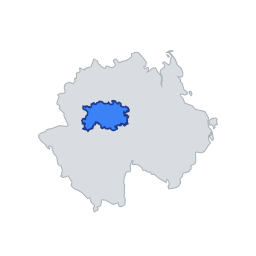 Hessen on a map of Germany (Equal Earth projection), rotated 52°
{"feature_id": "DEU-1574", "entity_name": "Hessen", "entity_type": "State", "adm_level": 1, "iso_a3": "DEU", "parent_name": "Germany", "parent_adm1": "", "projection": "equal_earth", "projection_center": [9.183, 50.526], "detail": "fine", "context": "in_parent", "style": "filled", "palette": "blue", "viewbox_px": 256, "rotation_deg": 52, "n_neighbors": 0, "source": "natural_earth", "source_scale": "10m", "svg_char_len": 8833}
<svg xmlns="http://www.w3.org/2000/svg" viewBox="0 0 256 256"><g transform="rotate(52 128 128)"><path d="M112.9,205.3L107.0,202.0L101.7,202.3L100.9,201.3L99.1,201.4L96.4,199.7L94.0,200.7L93.5,201.6L93.6,202.2L96.1,202.3L96.4,202.7L93.9,203.8L89.9,203.4L85.2,204.4L81.3,204.3L79.0,203.4L78.4,201.9L78.5,199.7L79.5,196.8L79.8,194.6L79.4,193.3L80.0,191.2L81.5,188.5L83.9,180.7L89.1,175.2L89.0,173.3L80.1,171.3L78.6,170.8L77.3,169.4L70.2,170.2L69.7,168.8L67.8,168.1L65.8,169.3L65.1,169.2L62.4,165.7L61.8,164.1L60.5,163.0L58.5,162.8L59.2,159.6L61.0,157.3L61.1,155.3L57.2,153.7L55.2,151.5L54.8,148.9L56.0,145.9L59.2,144.1L58.9,141.2L56.2,139.7L56.0,139.2L57.2,138.1L53.1,134.8L54.1,131.5L53.4,130.5L51.6,129.8L51.0,128.8L52.3,128.6L55.6,126.3L55.7,125.9L54.8,125.6L54.7,124.7L56.9,119.9L56.8,119.0L55.1,116.7L55.1,115.9L52.8,113.3L52.8,112.4L56.5,110.8L59.7,111.9L60.8,111.2L62.4,111.3L66.2,110.1L67.2,108.7L65.8,107.5L65.9,106.6L70.2,103.9L70.9,102.7L71.2,100.3L70.7,99.5L70.1,98.9L66.5,98.5L65.5,97.1L65.9,95.3L66.5,95.0L70.9,95.0L72.7,89.7L73.8,88.0L74.2,81.5L71.8,79.6L72.8,75.8L74.4,73.8L75.7,73.3L81.4,72.9L87.6,73.1L90.2,76.1L89.2,77.7L90.8,78.4L91.5,78.1L92.4,75.3L93.0,74.8L95.6,76.7L95.6,79.2L96.3,75.8L95.8,73.5L96.2,71.2L97.7,69.3L102.3,70.1L107.3,69.7L109.3,70.6L113.6,74.9L116.9,75.9L114.4,74.9L109.1,69.6L103.6,68.2L102.4,66.7L102.4,61.4L100.4,60.3L98.2,60.7L97.8,59.5L98.2,58.6L103.2,57.2L103.3,55.8L98.8,50.6L98.6,48.4L102.4,48.5L107.0,49.6L108.1,50.3L114.0,49.3L118.5,50.9L120.7,53.0L120.8,54.9L118.2,57.1L122.7,56.8L123.8,58.4L126.2,57.8L132.3,60.3L136.9,59.0L137.8,61.0L136.9,63.0L133.7,65.2L134.4,66.5L135.5,66.8L138.5,66.5L143.4,67.9L149.8,63.8L155.0,63.3L162.4,57.2L169.9,58.4L171.9,61.0L176.9,63.9L181.4,63.6L183.1,66.3L183.9,69.7L186.6,71.5L190.5,72.3L191.3,75.8L193.4,81.5L193.4,83.2L192.8,85.2L191.6,86.8L189.1,88.7L189.0,89.9L195.5,94.7L197.4,97.2L196.4,100.7L197.5,102.4L198.6,103.0L199.1,103.9L199.1,105.9L200.0,106.5L198.8,110.3L197.6,111.8L198.0,113.1L199.8,115.4L199.9,118.3L203.5,120.2L205.0,124.1L204.3,127.4L201.2,133.3L198.6,132.5L198.7,131.3L198.2,131.2L197.3,129.6L193.5,128.6L192.4,129.4L194.4,131.6L186.6,134.6L180.8,135.8L178.9,138.0L177.8,137.5L175.5,138.5L174.6,139.9L171.8,140.4L170.6,142.2L167.6,141.6L164.0,142.4L162.4,143.4L159.5,147.0L157.0,144.2L156.4,144.2L156.2,145.1L157.7,147.1L158.3,148.8L162.6,151.9L163.6,153.2L161.6,156.6L165.8,162.6L169.0,165.5L170.7,165.5L174.7,169.2L177.2,170.6L179.2,173.2L181.7,173.6L185.6,176.7L186.4,177.8L186.0,181.7L184.2,183.2L180.9,181.9L179.1,186.7L171.0,190.2L168.7,192.3L168.7,193.0L172.1,197.1L172.2,199.0L171.2,200.9L173.6,201.4L174.0,202.4L173.4,206.3L169.8,204.9L169.1,202.7L167.6,202.0L164.1,202.8L159.3,201.0L158.9,203.2L150.8,204.0L145.3,206.1L143.6,207.5L139.2,208.2L138.1,208.1L136.2,205.4L128.7,204.7L127.5,208.8L126.6,210.0L124.3,210.7L124.6,208.9L122.3,208.2L122.2,206.9L120.6,205.7L116.8,204.1L115.1,205.2L112.9,205.3ZM181.0,58.9L181.5,60.3L181.1,61.0L179.2,59.8L177.3,59.8L176.3,61.6L175.5,61.7L172.6,60.1L172.1,59.3L172.2,55.6L173.1,54.9L173.2,53.7L174.7,52.5L176.1,52.5L177.3,54.2L180.1,55.3L180.3,55.8L178.9,57.3L179.2,58.1L181.0,58.9ZM189.6,67.7L189.7,69.4L184.9,69.2L184.5,68.0L184.8,66.8L183.2,65.5L183.1,64.1L189.6,67.7ZM93.4,49.5L92.3,51.1L92.5,48.3L94.3,45.3L95.1,45.3L94.1,46.7L93.9,48.5L98.0,48.6L97.5,49.1L93.4,49.5ZM141.3,58.2L138.8,58.3L136.9,57.2L138.0,55.9L140.5,56.5L141.3,58.2ZM97.3,52.2L96.6,52.7L94.2,52.2L96.0,51.3L97.0,51.5L97.3,52.2Z" fill="#d9dde1" stroke="#a8b0b8" stroke-width="1"/><path d="M119.8,121.3L119.5,121.5L119.4,121.8L119.5,122.2L119.7,122.5L119.8,123.0L120.1,123.1L120.4,123.4L120.7,123.4L121.5,123.6L121.5,124.0L121.9,124.3L122.0,124.7L123.2,125.0L123.6,125.1L124.6,125.5L124.6,125.8L124.3,126.0L124.2,126.2L124.1,126.9L124.1,127.0L123.8,126.7L123.6,126.4L123.0,126.4L122.8,126.5L123.0,126.7L123.1,126.9L123.6,127.0L123.5,127.3L123.2,127.7L123.1,128.2L123.1,128.3L123.4,128.3L123.6,128.4L124.0,128.5L124.2,128.8L124.2,129.0L124.0,129.5L123.0,129.6L122.8,129.5L122.8,129.3L122.5,129.3L122.3,129.3L121.6,129.3L121.2,129.5L121.1,129.8L121.2,130.0L121.5,130.3L121.5,130.5L121.4,130.7L121.0,130.8L120.1,130.7L119.9,130.8L120.0,131.1L120.2,131.3L120.3,131.5L120.4,131.4L120.7,131.2L120.9,131.1L121.3,131.4L121.5,131.7L121.7,132.0L121.2,132.5L121.2,132.9L121.1,133.0L120.3,133.2L119.9,133.4L119.9,133.5L119.8,133.8L119.9,134.2L119.5,134.3L119.4,134.5L119.7,134.8L119.6,135.2L119.3,135.8L119.3,136.0L119.0,136.3L118.8,136.6L118.7,137.1L118.8,137.3L119.2,137.2L119.7,137.4L119.9,137.4L120.0,137.4L120.1,137.2L119.9,136.9L119.9,136.7L120.8,136.4L121.8,136.6L122.0,137.0L122.1,137.5L121.8,137.6L121.6,137.9L121.6,138.1L121.6,138.7L121.7,139.0L121.5,139.7L121.6,139.8L121.5,140.2L120.8,141.3L120.5,141.5L119.4,142.0L118.2,142.3L117.9,142.3L117.4,141.9L117.1,142.0L116.9,142.3L116.5,143.4L116.6,144.3L116.1,144.7L115.4,144.9L115.3,145.0L115.1,145.1L115.0,145.4L115.1,145.7L115.1,145.8L114.2,146.1L113.7,146.0L113.3,146.1L113.0,145.8L112.8,145.9L112.5,145.8L112.4,146.0L112.5,146.5L112.3,147.1L112.8,147.2L112.8,147.3L112.5,147.8L112.5,148.0L112.6,148.4L112.5,148.6L111.4,149.0L110.8,148.9L110.3,148.3L109.4,147.9L107.9,147.8L107.1,148.0L107.1,148.3L106.8,148.6L106.4,148.8L106.5,148.5L105.7,148.2L104.8,148.6L104.3,148.7L104.1,148.8L104.0,149.5L103.7,149.6L103.5,149.8L104.1,149.9L104.3,150.0L104.4,150.5L104.6,150.7L104.5,150.9L104.8,151.3L104.3,151.2L104.3,152.9L104.9,154.4L105.0,154.6L105.3,154.3L105.4,154.9L105.5,155.3L105.8,155.4L106.1,155.4L106.3,155.5L106.2,155.7L105.9,156.1L105.9,156.3L106.4,156.5L106.1,157.1L106.2,157.5L105.9,157.6L105.5,157.7L105.6,158.0L105.7,158.7L105.1,159.4L105.2,159.5L105.5,159.8L105.7,160.1L105.6,160.4L105.4,160.4L105.2,160.2L105.1,160.3L105.5,160.8L106.0,161.4L106.0,161.6L105.8,161.6L105.6,161.4L105.2,161.4L104.6,161.7L104.4,161.7L104.0,161.7L103.1,161.7L102.6,162.2L102.9,162.6L102.9,162.8L102.4,163.1L102.2,162.9L102.0,163.4L101.3,164.0L100.7,163.9L100.6,163.7L100.9,163.3L101.0,163.2L100.9,162.7L101.0,162.5L101.3,162.1L101.6,162.3L102.0,161.9L102.0,161.6L100.9,161.7L100.6,161.3L99.8,161.3L99.0,160.9L98.8,160.7L98.6,160.2L98.5,159.9L98.6,159.7L98.4,159.3L98.3,159.1L97.0,159.4L97.0,159.5L97.3,160.6L97.3,160.8L97.2,160.9L96.5,161.2L95.3,160.2L94.9,159.9L94.5,159.9L93.9,160.0L93.6,159.4L93.0,158.2L93.0,157.6L93.3,157.2L93.7,156.9L94.3,156.9L94.9,156.2L94.7,155.9L94.0,156.0L93.8,155.4L93.5,154.9L93.3,154.3L92.8,153.6L92.6,153.3L92.9,152.5L92.6,151.8L90.8,150.1L90.3,149.9L89.8,149.9L87.7,150.5L87.0,150.9L86.2,151.3L85.5,151.5L84.8,151.5L84.5,151.1L84.4,150.9L84.3,150.7L83.2,149.9L84.2,149.1L84.3,148.6L84.5,148.4L85.1,148.3L85.4,148.6L85.6,148.6L85.7,148.0L85.3,147.7L85.1,147.6L85.1,147.4L85.2,147.2L85.4,146.8L85.6,146.6L86.6,146.2L86.8,146.0L87.1,146.2L87.3,146.3L87.7,145.8L87.5,145.6L87.6,145.3L88.5,145.3L88.8,145.2L89.0,145.1L89.0,144.9L88.7,144.2L88.3,143.8L87.8,142.9L87.5,142.8L87.4,142.6L86.6,142.4L86.5,142.2L87.0,141.4L87.3,141.1L86.9,140.9L87.0,140.0L87.0,139.7L87.3,139.5L87.6,139.3L87.9,139.2L88.2,139.2L88.5,139.6L88.9,139.5L89.3,139.3L89.7,138.3L89.7,138.2L89.4,138.0L89.3,137.6L89.0,136.9L89.2,136.6L89.3,136.2L89.4,135.9L89.8,135.7L89.9,134.9L89.4,134.5L89.4,134.4L89.3,134.2L90.2,133.5L90.3,133.1L90.7,133.0L91.8,132.0L92.1,132.0L92.3,132.3L93.2,132.4L93.7,132.1L93.7,131.8L94.2,131.4L94.5,131.2L94.8,131.3L94.9,131.1L94.9,130.6L95.3,130.0L95.6,129.9L95.9,129.3L96.2,129.0L96.1,128.4L96.1,128.1L95.8,127.6L97.6,127.5L98.2,127.6L98.9,127.2L99.0,127.0L98.8,126.7L99.7,125.8L99.7,125.7L99.7,125.4L99.4,124.1L99.2,124.0L99.2,123.7L98.6,123.9L97.8,124.1L97.6,124.3L97.2,124.3L97.1,124.0L96.8,123.7L97.1,123.1L98.0,122.3L98.1,122.1L98.4,121.9L98.5,121.7L99.3,121.5L100.1,121.5L100.7,121.3L101.5,121.5L102.1,121.1L102.8,121.1L103.0,120.7L102.9,120.6L102.5,120.5L102.4,119.9L102.2,119.5L102.2,119.3L102.3,119.2L103.2,118.9L104.2,118.6L105.2,119.1L105.3,119.2L105.4,119.4L105.3,119.7L105.7,120.0L106.5,120.1L107.1,119.7L107.5,119.7L107.7,119.1L108.9,118.4L109.1,118.1L109.5,117.7L109.9,116.9L109.5,116.6L109.7,116.4L110.9,116.1L111.3,115.7L111.4,115.8L111.7,115.5L112.1,115.6L112.1,116.0L112.4,116.1L112.7,116.1L113.1,115.8L113.4,116.1L113.7,116.1L114.3,116.0L114.5,116.3L114.9,116.5L115.1,117.0L115.4,117.3L115.3,117.5L115.2,117.6L114.6,117.3L114.7,117.8L114.3,117.7L114.2,118.3L113.9,118.4L114.2,119.2L114.4,119.4L114.6,119.4L114.5,119.7L114.6,119.9L114.6,120.2L114.6,120.7L114.5,120.9L113.6,121.0L113.3,121.3L113.5,121.6L113.5,121.8L112.9,121.6L113.0,121.8L113.5,122.2L114.9,122.6L115.1,122.6L115.4,122.7L115.9,123.2L116.1,123.3L116.8,122.7L117.1,122.2L116.9,122.2L116.5,122.4L116.0,122.0L115.9,121.7L116.8,121.2L117.2,121.1L117.4,121.0L117.3,120.8L117.5,120.8L117.9,121.0L118.2,121.4L118.4,121.5L118.6,121.3L118.4,120.9L118.4,120.7L118.8,120.7L119.0,120.5L119.1,120.9L119.8,121.3Z" fill="#3b82f6" stroke="#1e3a8a" stroke-width="1.5"/></g></svg>